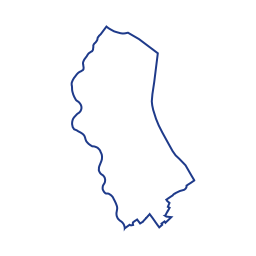 outline of Moerdijk, Noord-Brabant, Netherlands, rotated 78°
{"feature_id": "6326949B29665837615412", "entity_name": "Moerdijk", "entity_type": "district", "adm_level": 2, "iso_a3": "NLD", "parent_name": "Netherlands", "parent_adm1": "Noord-Brabant", "projection": "mercator", "projection_center": [4.556, 51.663], "detail": "fine", "context": "isolated", "style": "outline", "palette": "blue", "viewbox_px": 256, "rotation_deg": 78, "n_neighbors": 0, "source": "geoboundaries", "source_scale": "gbopen_adm2", "svg_char_len": 5601}
<svg xmlns="http://www.w3.org/2000/svg" viewBox="0 0 256 256"><g transform="rotate(78 128 128)"><path d="M188.1,75.7L176.4,79.5L168.7,84.3L164.7,87.1L159.8,89.2L148.7,92.6L139.4,95.4L131.9,97.4L124.8,98.7L115.5,99.6L110.9,99.6L106.9,99.2L100.0,97.1L88.5,92.8L61.1,83.3L43.3,98.8L34.8,108.2L34.8,109.5L34.8,110.8L34.7,112.2L34.5,113.4L34.1,114.6L33.6,115.9L33.0,117.0L32.4,118.2L31.8,119.3L31.2,120.4L30.5,121.6L28.0,124.5L27.1,125.5L26.2,126.4L25.3,127.2L24.3,128.0L30.7,135.3L31.8,137.2L32.1,137.4L32.5,137.8L32.8,138.2L33.0,138.6L33.3,138.8L33.7,139.0L34.4,139.3L35.2,139.6L35.6,139.9L36.0,140.2L36.4,140.6L36.7,141.0L37.4,141.7L37.5,141.8L37.6,142.0L38.2,143.0L38.6,143.6L39.2,144.2L39.8,144.6L40.1,144.8L41.2,145.0L41.8,145.1L42.1,145.3L44.0,145.9L44.8,146.5L45.1,146.9L45.2,147.0L45.4,147.1L45.5,147.4L45.7,148.2L46.7,150.7L47.0,151.2L47.9,152.2L48.3,152.6L48.5,152.8L49.1,153.3L49.5,153.7L49.7,154.0L49.9,154.2L50.3,154.7L51.2,155.7L51.9,156.5L52.4,156.9L52.9,157.3L53.4,157.6L53.8,157.9L54.3,158.2L55.1,158.5L55.6,158.6L56.1,158.7L56.6,158.6L57.2,158.7L58.5,158.8L59.4,158.8L60.2,159.0L60.7,159.2L61.0,159.2L61.3,159.4L61.7,159.8L62.0,160.1L62.2,160.8L62.8,162.4L62.9,162.9L62.9,163.1L63.2,163.9L63.3,164.4L63.5,164.7L63.7,165.2L64.2,166.0L64.9,167.0L67.1,169.5L67.8,170.4L68.4,170.9L68.6,171.1L69.2,171.7L69.5,171.9L69.9,172.2L70.7,172.8L71.1,173.0L71.6,173.4L72.5,173.8L73.0,173.9L73.4,174.0L74.5,174.2L74.8,174.1L75.8,174.2L77.2,174.4L78.8,174.7L79.8,174.8L80.6,174.8L81.0,174.8L82.4,174.7L83.8,174.6L85.4,174.3L86.2,174.1L86.8,174.0L88.3,173.5L89.2,173.3L89.6,173.1L90.1,172.9L90.4,172.6L90.7,172.4L91.1,172.0L91.8,171.3L92.4,170.8L92.8,170.5L93.8,170.0L94.5,169.7L95.0,169.5L95.6,169.3L95.9,169.3L96.6,169.2L97.0,169.1L97.5,169.2L97.9,169.2L98.5,169.3L98.9,169.4L99.5,169.6L100.4,170.1L100.7,170.3L101.3,170.7L101.8,171.2L102.1,171.6L102.5,172.1L102.8,172.6L103.0,173.0L103.2,173.6L103.5,174.3L103.9,175.1L104.0,175.2L104.4,175.8L106.4,178.6L106.9,179.1L107.5,179.7L108.2,180.2L108.5,180.4L108.9,180.6L109.7,181.0L110.4,181.3L111.4,181.6L112.2,181.8L112.8,181.9L115.0,181.9L115.6,181.9L115.8,181.8L116.3,181.6L116.5,181.6L116.8,181.4L117.7,181.1L118.0,181.0L118.1,180.8L118.4,180.5L118.5,180.3L118.6,180.1L118.8,179.8L119.0,179.5L119.6,178.7L120.1,178.1L120.5,177.8L121.2,177.0L122.5,175.4L123.6,174.3L124.0,173.9L124.5,173.5L125.0,173.1L125.6,172.8L125.9,172.6L126.4,172.4L127.1,172.2L127.7,172.1L128.4,172.0L130.3,171.9L131.0,171.8L131.5,171.7L132.4,171.5L133.0,171.2L133.9,170.7L134.7,170.2L135.0,170.0L135.4,169.8L136.0,169.2L136.6,168.7L137.2,168.1L138.0,167.3L138.3,167.0L138.4,166.8L138.5,166.7L138.7,165.8L139.0,165.0L139.2,164.5L139.7,163.7L140.4,162.6L140.8,162.2L141.2,161.7L141.6,161.5L142.2,161.1L142.8,160.7L143.3,160.4L143.8,160.2L144.4,160.1L144.6,160.0L144.7,159.9L144.9,159.9L145.7,159.8L147.3,159.4L147.9,159.3L148.9,159.2L149.8,159.3L150.3,159.3L151.2,159.5L152.0,159.7L152.6,159.9L153.1,160.0L153.4,160.2L154.0,160.5L154.6,160.8L155.2,161.2L157.6,162.8L157.8,162.9L157.9,163.0L158.2,163.2L159.2,163.9L159.8,164.2L160.3,164.5L160.8,164.7L162.2,165.0L162.6,165.2L162.8,165.2L163.1,165.3L163.4,165.3L163.8,165.3L164.1,165.2L165.4,164.9L165.8,164.8L166.2,164.6L167.0,164.2L167.3,164.0L167.9,163.5L168.6,162.8L169.1,162.3L170.0,161.8L170.9,161.4L172.0,161.1L173.0,161.1L173.8,161.1L174.6,161.3L175.5,161.6L176.2,161.9L177.2,162.6L177.7,163.1L178.1,163.5L178.4,163.8L179.0,164.3L179.6,164.7L180.1,164.9L180.5,165.0L181.3,165.3L181.5,165.3L182.5,165.5L183.1,165.4L183.6,165.3L185.0,164.9L185.3,164.8L185.9,164.5L186.3,164.2L186.5,164.1L187.0,163.8L187.1,163.6L187.5,163.2L187.6,162.7L187.9,161.4L188.0,161.1L188.1,160.9L188.3,160.5L188.5,160.3L188.9,159.9L189.1,159.6L189.3,159.5L190.3,158.5L190.8,158.2L191.3,157.9L191.9,157.5L192.4,157.3L193.0,157.1L194.6,156.7L196.7,156.1L199.3,155.5L200.0,155.4L201.4,155.2L202.2,155.1L202.7,155.1L203.1,155.1L203.8,155.2L204.1,155.2L204.7,155.4L205.4,155.6L205.8,155.8L208.1,156.7L208.5,156.9L209.3,157.1L210.1,157.2L210.6,157.3L211.0,157.3L211.5,157.3L212.0,157.3L212.5,157.2L213.0,157.1L213.5,157.0L214.3,156.8L214.8,156.6L215.5,156.1L216.2,155.7L217.1,155.0L218.1,154.0L218.7,153.6L219.1,153.2L219.8,152.9L220.4,152.6L221.1,152.3L221.9,152.1L222.7,152.0L224.1,151.9L224.3,151.9L224.7,151.9L225.2,152.0L225.1,151.9L225.2,151.7L225.3,151.7L224.4,149.7L223.6,147.9L223.3,147.2L223.2,147.0L223.2,146.9L223.0,146.6L223.7,145.7L223.9,145.0L223.9,143.2L223.4,143.2L223.2,143.2L222.7,143.2L222.4,143.1L221.9,143.0L221.4,142.8L220.5,140.9L220.4,140.7L219.9,139.3L219.4,138.1L222.8,136.5L223.9,136.0L222.7,132.7L222.4,132.5L222.3,132.4L220.2,129.4L219.9,129.0L219.8,128.8L219.7,128.8L219.7,128.7L217.1,125.2L216.9,124.8L216.8,124.7L221.1,122.7L222.5,122.1L223.5,121.7L224.8,121.1L225.9,120.7L227.4,120.0L228.4,119.6L229.9,118.9L231.7,118.1L229.8,114.7L228.5,115.1L227.0,111.7L228.5,111.1L227.8,110.0L226.6,108.0L224.2,104.2L223.6,106.0L222.8,108.4L222.8,108.5L222.7,108.7L222.3,109.3L221.5,110.0L221.5,109.9L221.3,109.7L221.1,109.5L217.5,106.5L217.6,106.4L215.9,104.9L215.4,104.6L214.7,103.9L214.4,104.2L213.4,105.4L209.9,103.0L207.6,104.8L206.3,105.3L206.1,105.4L205.9,104.9L205.2,103.3L203.6,99.3L203.3,98.4L202.7,97.7L202.4,97.2L202.2,96.9L201.7,95.5L201.8,95.4L201.4,94.5L201.2,93.6L200.8,92.0L200.4,90.3L200.3,88.7L200.2,86.9L200.2,86.6L200.2,86.4L200.1,86.1L200.1,85.9L199.9,85.4L199.7,85.0L199.6,84.8L199.3,84.3L199.1,84.0L199.0,83.9L198.5,83.6L198.3,83.3L198.0,83.2L197.6,83.0L197.1,82.8L196.5,82.7L196.2,81.8L195.9,81.2L195.8,80.9L194.8,78.2L193.1,74.1L192.8,74.1L188.1,75.7Z" fill="none" stroke="#1e3a8a" stroke-width="2"/></g></svg>